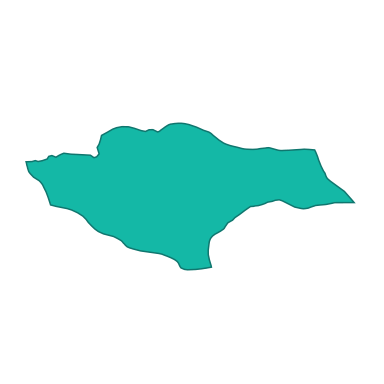 Mahaxay, Khammouan, Laos (Mercator projection), rotated 349°
{"feature_id": "54806243B31598332414602", "entity_name": "Mahaxay", "entity_type": "district", "adm_level": 2, "iso_a3": "LAO", "parent_name": "Laos", "parent_adm1": "Khammouan", "projection": "mercator", "projection_center": [105.318, 17.348], "detail": "fine", "context": "isolated", "style": "filled", "palette": "teal", "viewbox_px": 384, "rotation_deg": 349, "n_neighbors": 0, "source": "geoboundaries", "source_scale": "gbopen_adm2", "svg_char_len": 2903}
<svg xmlns="http://www.w3.org/2000/svg" viewBox="0 0 384 384"><g transform="rotate(349 192 192)"><path d="M320.4,174.1L315.1,172.6L310.3,171.4L306.7,171.0L303.7,170.6L295.0,169.5L292.5,169.1L289.9,168.7L288.3,168.5L286.5,168.1L284.5,167.4L279.1,164.7L276.9,163.6L275.5,163.1L274.5,163.0L273.7,162.9L272.7,162.9L271.5,162.8L270.4,162.7L267.2,162.4L264.0,162.4L259.8,161.8L257.1,161.2L253.7,160.4L251.4,159.7L249.4,158.9L244.9,156.7L241.5,155.2L238.1,153.6L234.3,151.4L232.2,149.9L230.9,148.6L228.3,146.1L226.4,143.8L223.6,140.5L222.0,138.3L221.2,137.5L220.0,136.4L215.2,133.7L208.8,129.2L201.8,125.2L197.8,123.5L194.6,122.5L191.4,121.9L187.9,121.5L185.1,121.4L184.1,121.3L182.3,121.5L180.4,122.1L179.2,122.6L177.5,123.3L175.7,124.2L173.4,125.2L172.0,126.0L171.2,126.3L169.7,126.5L165.6,123.4L161.8,122.7L157.9,123.7L153.7,122.0L147.6,118.5L142.2,115.9L135.7,114.5L130.1,114.5L126.1,115.2L120.0,117.3L114.0,119.2L112.1,123.4L109.9,127.4L107.4,130.2L108.1,136.8L105.1,139.3L102.3,139.6L99.3,136.5L86.2,133.2L80.4,131.8L73.6,129.5L71.9,129.8L70.1,130.2L68.0,130.8L65.1,131.9L61.4,129.5L58.2,129.7L56.1,132.0L50.9,132.7L46.7,132.7L44.2,131.3L40.7,131.6L34.9,130.7L35.0,131.8L35.0,133.1L35.0,133.3L35.0,134.3L35.2,136.0L35.2,137.4L35.4,138.8L35.6,140.5L36.0,141.7L36.9,143.4L39.3,147.2L44.2,151.8L45.3,153.5L46.5,155.9L46.9,157.0L47.2,158.3L47.6,159.8L48.8,164.1L49.2,166.5L49.5,168.2L49.8,170.1L50.5,175.7L50.7,177.7L55.9,180.2L66.4,184.5L68.2,185.5L70.3,186.6L72.5,188.2L75.8,190.6L80.3,194.9L82.9,198.8L84.4,202.1L86.9,206.0L89.5,209.7L92.5,212.9L97.1,216.2L106.5,220.7L108.6,222.3L110.6,223.9L112.2,225.3L113.4,226.4L114.2,227.6L114.9,229.0L115.7,230.1L116.5,231.6L118.0,233.5L120.2,235.0L121.8,235.8L123.0,236.5L130.3,240.0L147.7,246.0L150.7,247.3L152.5,248.5L155.6,250.4L158.9,252.6L161.5,254.6L162.8,255.8L164.2,257.4L165.0,258.9L165.4,260.3L165.7,261.7L166.1,263.1L166.7,264.4L168.3,265.5L169.8,266.5L172.8,267.5L175.4,267.9L180.8,268.7L184.3,269.0L186.7,269.2L189.6,269.3L191.4,269.4L193.1,269.4L196.7,269.5L196.7,268.0L196.1,262.0L196.0,256.7L196.3,255.0L196.8,252.3L198.6,246.7L199.5,244.1L200.4,242.5L201.3,241.2L202.4,240.2L203.8,239.1L206.5,237.8L209.4,236.9L212.4,235.9L215.9,234.4L216.8,233.7L218.0,232.3L221.3,229.1L224.5,228.0L226.4,227.4L229.3,225.3L234.4,223.1L240.5,220.1L245.0,218.1L246.7,217.4L249.5,217.8L251.4,217.7L254.4,218.0L258.2,217.7L261.5,217.2L264.3,216.4L268.9,216.5L272.2,216.0L276.2,216.3L279.0,217.9L290.0,226.4L296.0,229.0L298.1,229.7L300.2,229.9L302.9,230.0L305.6,229.5L307.8,229.2L309.6,229.0L310.6,228.8L315.4,229.2L318.1,229.5L321.1,229.8L323.8,229.8L326.8,229.8L329.1,229.7L330.1,229.7L349.1,233.3L347.9,231.1L341.7,220.5L329.9,207.8L328.5,206.0L327.5,204.7L326.9,203.3L326.5,201.8L326.1,198.9L325.7,198.0L325.0,196.3L323.6,191.2L322.4,184.8L322.0,181.3L321.4,178.1L320.9,175.8L320.4,174.2L320.4,174.1Z" fill="#14b8a6" stroke="#0f766e" stroke-width="1.5"/></g></svg>